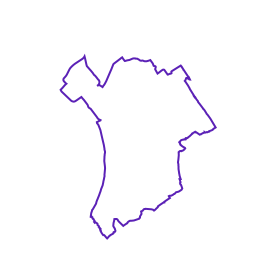 Kota Jakarta Barat, Jakarta Raya, Indonesia, rotated 238°
{"feature_id": "22746128B58252967349746", "entity_name": "Kota Jakarta Barat", "entity_type": "district", "adm_level": 2, "iso_a3": "IDN", "parent_name": "Indonesia", "parent_adm1": "Jakarta Raya", "projection": "mercator", "projection_center": [106.751, -6.161], "detail": "fine", "context": "isolated", "style": "outline", "palette": "violet", "viewbox_px": 256, "rotation_deg": 238, "n_neighbors": 0, "source": "geoboundaries", "source_scale": "gbopen_adm2", "svg_char_len": 5603}
<svg xmlns="http://www.w3.org/2000/svg" viewBox="0 0 256 256"><g transform="rotate(238 128 128)"><path d="M75.4,51.8L72.8,49.6L72.7,49.9L72.2,49.6L71.8,50.3L71.3,50.2L71.1,50.4L70.6,50.1L69.8,50.0L69.3,50.2L69.2,50.5L68.5,50.4L67.6,50.4L67.3,50.3L66.9,50.4L66.7,50.1L66.4,50.0L66.2,49.8L66.2,49.5L65.3,49.6L65.5,50.4L64.4,50.8L63.5,51.3L63.0,51.4L62.0,50.8L60.4,51.2L60.3,50.3L60.3,50.5L59.2,50.9L58.7,51.0L58.4,51.1L57.4,51.2L57.5,50.8L57.1,50.8L57.1,50.7L56.8,50.6L56.7,50.8L56.4,50.5L55.5,50.2L55.3,50.5L53.7,50.0L52.1,50.1L51.0,50.1L50.3,50.2L50.0,50.9L49.1,51.2L46.8,51.5L46.3,51.6L45.4,51.8L45.5,52.3L46.3,54.8L46.4,55.5L46.3,56.1L46.5,56.4L46.3,59.2L46.4,59.9L46.8,60.0L47.2,60.4L47.3,60.7L46.9,61.9L47.0,62.2L47.4,62.8L47.6,62.9L49.7,63.5L51.8,63.5L52.7,63.6L53.0,63.8L55.1,65.4L56.5,66.9L58.0,68.2L56.9,70.1L56.2,70.5L55.7,70.6L54.7,70.5L53.7,70.6L47.5,72.1L47.6,72.9L47.7,76.5L47.6,76.9L48.1,77.5L48.2,77.9L48.4,78.9L48.3,80.4L48.2,80.7L47.9,81.1L47.3,82.2L46.4,84.1L45.2,89.2L45.4,89.3L45.5,90.4L45.6,90.6L45.8,90.8L46.5,91.2L46.8,91.6L47.9,93.8L48.1,94.0L48.7,94.2L49.3,94.6L50.3,94.9L50.1,96.6L50.6,98.0L50.7,98.6L50.5,99.2L50.2,99.7L50.2,100.0L46.7,104.7L45.5,105.9L44.2,106.3L44.3,107.8L44.4,108.1L44.7,109.3L45.0,111.1L45.2,111.5L45.6,111.7L45.7,111.8L45.9,114.8L46.0,118.4L45.6,119.4L46.2,119.7L46.2,120.3L46.3,121.5L46.4,125.0L46.4,126.4L47.4,126.4L48.6,126.5L48.6,126.8L48.4,127.6L47.8,128.5L47.5,130.4L47.7,131.9L47.5,132.3L47.5,132.6L47.6,133.3L48.0,134.3L48.0,134.8L47.8,135.4L47.2,137.2L47.2,139.8L47.3,140.8L48.0,142.0L49.7,142.4L49.8,142.4L50.2,142.5L51.0,142.7L51.8,142.8L52.1,142.6L52.8,142.6L53.6,143.0L53.8,143.0L54.0,143.6L54.3,143.9L55.1,144.0L56.5,144.5L56.8,144.5L57.3,144.6L56.8,145.6L58.9,146.1L60.8,146.7L61.6,147.1L62.1,147.2L63.4,147.8L66.2,149.0L67.1,149.5L68.5,150.4L69.4,150.8L70.5,151.5L72.4,152.2L74.8,154.2L78.1,156.7L80.6,158.1L80.6,158.5L80.8,158.7L80.9,159.6L80.9,159.9L80.8,160.1L80.6,160.3L80.5,160.5L80.4,160.9L80.1,161.0L80.1,161.4L79.8,162.2L79.8,162.7L79.9,164.3L80.4,165.7L80.9,165.7L81.2,165.5L81.3,165.6L83.1,164.6L84.9,163.9L84.9,164.0L85.4,163.9L86.2,163.6L86.6,163.6L87.3,163.9L87.3,164.0L87.7,164.2L88.1,164.1L88.1,163.9L88.8,163.9L89.5,166.7L89.1,168.2L88.6,169.2L88.7,169.4L87.9,170.6L88.5,171.0L88.4,171.2L88.2,171.5L88.7,171.9L88.0,172.9L88.1,173.9L88.3,174.3L88.3,175.6L89.0,179.0L89.0,179.4L89.3,179.5L89.2,182.9L88.6,182.9L88.5,183.4L88.4,183.5L84.3,185.3L84.2,186.3L84.0,186.6L84.1,186.9L84.1,187.3L83.9,188.7L84.0,189.1L83.7,189.8L83.6,190.5L83.9,190.7L83.3,190.9L83.1,191.2L82.9,192.4L82.4,192.8L82.3,193.6L81.9,194.9L82.3,195.1L82.1,196.0L81.7,197.7L81.7,197.9L81.6,198.7L81.8,199.6L82.0,199.8L82.0,200.2L82.0,202.6L92.4,202.8L96.8,202.5L98.4,202.2L99.4,202.3L102.4,202.3L103.4,202.2L103.9,202.1L104.0,202.0L104.6,201.9L104.7,202.0L110.6,201.5L112.8,201.2L113.5,201.5L116.4,201.2L117.4,201.3L118.3,201.3L118.3,200.9L120.0,200.8L120.3,200.8L120.3,201.1L127.4,201.1L128.1,201.1L128.7,201.2L129.1,201.2L129.3,201.3L129.8,201.3L132.3,201.4L135.1,201.3L136.2,201.3L137.8,201.1L137.9,201.6L138.1,202.0L138.6,202.6L139.0,203.2L139.5,203.8L139.5,204.0L139.2,204.5L138.5,204.7L138.5,205.5L138.4,205.7L138.5,205.9L138.4,206.0L138.0,206.1L137.0,205.6L136.6,205.8L136.3,206.2L139.2,206.5L140.1,206.2L140.7,206.2L148.3,206.0L148.3,205.9L149.3,206.0L150.4,205.9L150.4,206.0L150.7,206.0L151.2,206.0L151.2,205.9L152.3,205.9L153.0,205.8L153.0,196.4L153.0,195.1L152.9,194.7L152.7,194.6L151.6,194.0L151.4,193.9L151.4,193.6L151.4,193.0L151.9,192.1L152.1,190.2L152.3,189.9L152.6,189.9L157.8,189.6L158.1,189.6L158.6,189.2L158.9,188.6L159.0,188.3L158.9,186.3L158.6,183.7L158.5,181.9L162.6,182.1L163.5,182.2L163.9,182.6L164.1,182.9L164.7,183.6L165.4,184.0L165.9,183.9L167.1,182.7L169.6,183.2L173.8,182.9L174.1,181.3L174.7,179.3L175.1,178.5L175.7,177.6L176.2,177.1L177.3,176.3L177.7,175.8L177.9,175.1L178.5,174.3L179.1,173.9L180.2,173.5L181.8,172.6L182.1,172.3L182.6,171.4L183.3,170.9L183.7,170.2L184.1,169.6L184.4,168.7L184.9,165.4L185.8,163.1L186.4,161.0L186.5,160.8L187.1,160.7L189.5,160.5L191.0,160.5L191.0,159.6L190.8,158.3L190.1,150.8L190.0,149.9L189.8,149.3L186.4,144.7L185.4,143.2L179.3,134.4L177.8,131.8L177.3,130.8L176.8,129.3L176.2,128.1L178.7,127.0L179.1,126.7L179.5,126.4L179.8,125.7L180.0,125.3L180.1,124.1L180.3,126.6L180.7,126.7L181.2,127.4L182.1,128.2L183.1,128.5L184.0,128.6L185.3,128.3L187.8,128.1L189.9,127.8L190.8,127.4L192.0,127.3L193.2,127.3L196.3,126.9L198.0,126.6L202.3,125.9L203.7,126.3L209.3,128.3L211.8,129.1L211.4,128.4L211.2,127.8L210.8,126.4L210.6,117.3L210.4,115.2L210.0,113.0L209.5,111.1L209.1,110.1L208.5,109.0L205.8,104.6L205.1,103.2L204.4,101.0L204.1,99.8L203.6,99.1L202.9,98.6L202.1,98.4L201.1,98.5L198.7,99.0L198.2,99.2L198.1,98.5L197.8,97.1L196.7,93.6L196.1,91.1L195.3,91.0L194.0,91.0L181.5,94.2L180.7,94.5L179.8,95.2L179.2,95.8L178.8,96.7L178.7,97.5L178.7,98.8L179.0,104.9L177.2,105.1L175.0,105.5L169.2,106.0L168.5,105.9L167.4,105.6L166.6,105.5L165.6,105.7L164.1,106.5L153.9,107.4L152.6,107.4L151.4,107.6L151.1,107.7L149.2,108.9L149.0,108.6L149.2,107.8L149.3,107.1L149.3,105.6L149.4,105.2L149.5,104.9L149.5,104.7L148.8,104.4L148.6,104.3L146.3,104.5L140.9,103.5L134.9,101.4L126.4,98.5L123.0,97.1L122.1,96.6L120.4,96.1L119.2,95.4L118.5,94.7L118.2,94.4L117.2,93.7L116.1,92.8L115.3,92.3L112.6,90.4L107.7,88.1L106.0,87.2L102.8,84.8L100.6,83.1L99.7,82.7L98.7,81.7L97.4,80.5L95.6,78.7L95.2,78.4L92.8,76.1L90.4,72.8L88.9,71.2L88.0,70.0L86.0,67.5L84.5,65.4L83.8,64.5L83.1,63.4L81.8,61.8L81.2,61.3L80.7,60.7L78.1,55.8L78.0,55.7L77.6,54.7L77.5,54.2L76.6,53.3L75.4,51.8Z" fill="none" stroke="#5b21b6" stroke-width="2"/></g></svg>